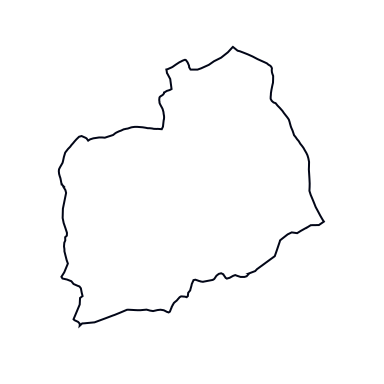 the district of Bengkulu Tengah, Bengkulu, Indonesia, rotated 99°
{"feature_id": "22746128B16836972822517", "entity_name": "Bengkulu Tengah", "entity_type": "district", "adm_level": 2, "iso_a3": "IDN", "parent_name": "Indonesia", "parent_adm1": "Bengkulu", "projection": "mercator", "projection_center": [102.45, -3.678], "detail": "fine", "context": "isolated", "style": "outline", "palette": "ink", "viewbox_px": 384, "rotation_deg": 99, "n_neighbors": 0, "source": "geoboundaries", "source_scale": "gbopen_adm2", "svg_char_len": 5278}
<svg xmlns="http://www.w3.org/2000/svg" viewBox="0 0 384 384"><g transform="rotate(99 192 192)"><path d="M341.7,282.0L339.0,279.9L338.6,278.0L336.6,270.3L336.0,267.9L330.4,257.9L326.4,250.9L325.5,249.2L322.6,244.4L318.5,237.8L318.2,236.2L317.4,228.4L316.9,224.8L315.3,218.5L315.4,217.6L315.5,216.4L315.7,215.0L315.7,211.8L314.0,207.6L313.2,204.7L313.2,201.4L313.8,199.5L314.3,198.1L314.6,196.2L313.6,195.1L313.1,195.0L309.9,194.3L309.8,194.2L309.6,194.2L309.2,194.1L308.9,194.1L308.7,194.0L308.4,194.0L308.3,193.9L308.2,193.9L307.9,193.8L307.7,193.7L307.4,193.6L307.1,193.5L306.9,193.5L306.8,193.4L306.7,193.4L306.4,193.3L306.3,193.2L306.2,193.2L305.9,193.1L305.7,193.0L305.5,192.9L305.4,192.9L305.2,192.8L304.9,192.7L304.5,192.6L304.4,192.5L304.2,192.3L304.0,192.2L303.8,192.0L303.6,191.9L303.1,191.4L302.7,191.1L302.4,190.8L302.2,190.6L301.5,190.0L301.1,189.8L300.7,189.5L300.3,189.3L300.1,189.2L299.9,189.1L299.7,188.9L299.4,188.7L299.2,188.6L298.7,188.3L298.6,188.2L297.9,187.8L297.7,187.6L297.5,187.3L297.2,187.0L296.9,186.6L296.8,186.4L296.7,185.6L296.7,185.4L296.6,184.7L296.6,184.3L296.6,183.9L296.6,183.7L296.5,183.2L296.5,182.9L296.5,182.5L296.5,182.3L296.6,182.0L296.6,181.9L296.6,181.2L296.7,180.8L296.1,180.4L295.6,179.9L295.3,179.8L294.7,179.9L293.4,179.9L292.2,180.0L291.5,179.6L290.6,179.1L289.7,178.5L289.5,178.4L289.4,178.4L288.9,178.4L284.7,177.9L282.8,177.8L282.2,177.6L280.6,177.2L280.3,177.1L280.0,177.0L279.2,176.8L279.0,176.7L278.8,176.7L278.6,176.2L278.3,175.5L278.1,175.0L278.5,172.5L278.6,172.1L278.8,171.0L278.9,169.7L279.0,169.5L279.0,169.2L279.0,168.1L279.0,167.3L279.0,167.1L278.8,166.7L275.6,157.8L275.5,157.7L275.4,157.5L275.2,157.4L275.1,157.2L274.8,156.8L274.5,156.5L274.4,156.4L274.2,156.3L274.0,156.2L273.3,155.9L272.8,155.6L272.2,155.4L271.2,154.9L270.8,154.7L270.4,154.3L269.7,153.7L269.1,153.1L268.6,152.6L268.4,152.1L268.2,151.5L267.9,151.0L267.7,150.4L268.0,149.5L268.4,148.3L268.4,148.2L268.7,148.0L268.9,147.9L269.0,147.7L269.9,146.9L270.3,146.5L270.4,146.4L270.8,146.0L271.6,145.3L271.7,144.9L272.1,144.0L272.0,143.8L271.8,143.5L271.1,141.9L271.0,141.7L270.7,141.2L268.4,138.3L267.3,136.3L267.7,134.4L268.3,130.7L267.7,126.9L266.7,124.9L263.4,122.7L263.4,122.8L260.2,117.2L258.0,115.7L242.4,100.2L236.9,99.2L226.9,97.5L226.1,97.5L224.6,96.2L218.9,90.9L216.3,87.2L216.2,81.7L213.5,78.6L209.4,73.4L209.5,73.3L206.2,69.5L204.8,61.5L200.6,57.1L199.0,58.6L195.3,61.6L191.3,64.6L187.5,67.5L183.6,69.8L179.5,72.3L176.3,74.3L172.5,76.2L168.8,76.6L165.2,77.1L160.4,78.1L155.0,79.3L151.5,80.1L148.2,80.5L143.9,81.1L140.4,82.4L137.7,83.7L135.5,85.2L133.3,87.0L131.0,88.8L129.3,90.5L127.4,92.6L125.1,94.5L123.4,96.5L121.6,98.2L119.9,100.1L117.9,101.1L116.2,102.0L115.6,102.3L114.4,103.1L112.8,104.1L111.5,104.8L109.5,105.7L109.4,105.8L107.9,106.4L106.1,107.3L105.3,107.7L103.5,109.4L99.7,113.5L97.8,115.3L95.3,118.3L93.3,121.0L91.2,123.3L90.8,125.5L89.5,127.5L87.7,128.9L85.6,129.2L83.8,129.3L82.1,129.5L78.5,129.5L74.0,129.3L71.4,129.1L68.1,129.5L64.7,130.0L62.7,131.1L61.2,131.8L59.2,132.3L57.3,132.4L56.1,133.2L55.1,134.3L54.3,136.4L53.2,138.2L52.4,141.0L51.7,143.6L50.5,148.0L48.7,153.3L47.3,158.5L46.3,163.0L45.5,166.8L45.3,169.1L43.6,172.0L42.3,174.3L42.8,174.7L48.4,178.4L54.8,184.3L59.4,190.7L63.8,195.3L68.4,202.3L70.2,205.6L71.1,211.1L71.3,212.6L69.3,214.3L67.7,214.7L64.7,216.6L62.7,218.6L62.5,219.6L63.3,221.1L64.0,222.2L64.7,223.1L65.8,224.7L67.7,226.8L68.8,228.0L71.6,230.9L72.5,232.2L73.2,233.3L74.5,235.3L75.0,236.5L76.3,236.0L78.5,235.3L78.9,234.9L83.8,231.2L93.5,228.3L94.8,230.0L96.1,232.7L97.6,234.4L98.1,235.2L99.0,235.1L100.3,235.8L101.2,236.6L101.9,237.5L102.6,238.2L103.2,238.7L103.9,238.9L104.6,238.9L105.3,238.8L106.1,238.8L107.2,238.5L107.7,238.3L108.4,238.2L109.5,237.8L110.2,237.3L110.8,236.9L111.7,236.2L112.4,235.7L113.1,235.1L113.8,234.6L114.5,234.1L115.3,233.7L117.5,232.7L119.0,232.3L120.8,231.7L121.3,231.5L121.9,231.4L122.9,231.2L124.3,231.1L124.9,231.1L125.2,231.2L128.0,231.1L132.0,230.9L134.7,231.7L134.9,234.5L135.0,235.6L135.3,237.2L135.6,239.8L135.5,241.3L135.6,243.6L135.9,245.7L135.8,248.0L135.8,250.9L136.0,253.3L136.1,254.6L136.2,255.9L136.6,258.6L137.4,261.4L138.0,262.8L138.3,263.3L139.4,265.4L139.9,267.0L140.4,268.2L140.8,269.3L142.4,271.6L143.5,273.6L145.2,276.1L146.2,277.2L147.0,277.9L148.0,278.8L149.0,280.7L150.5,283.7L152.0,286.6L152.2,289.3L152.7,292.4L153.7,295.5L154.4,297.8L155.9,300.8L157.2,302.3L157.5,302.6L155.5,304.6L155.0,306.0L154.0,309.8L155.1,312.2L158.2,314.5L160.7,316.1L162.1,316.9L165.1,318.8L165.9,319.1L166.5,319.5L168.9,321.2L172.9,323.4L175.2,323.7L177.4,324.0L181.1,324.2L183.4,324.4L188.4,326.3L190.4,326.9L192.3,326.8L194.9,326.1L197.1,325.1L199.0,324.1L200.9,323.4L204.8,322.0L204.7,321.7L205.1,321.5L206.5,319.7L206.6,320.1L206.8,320.0L210.0,317.3L212.6,316.2L228.7,316.9L237.9,315.7L242.7,313.9L247.6,311.3L251.9,309.1L254.7,308.8L256.5,310.2L259.7,309.6L262.1,310.2L265.8,309.9L267.7,309.3L268.3,309.1L270.6,308.7L274.6,307.0L279.0,305.1L282.1,303.4L291.3,305.6L296.2,307.7L297.7,306.4L298.0,301.8L299.0,297.2L301.4,294.6L302.5,290.4L302.9,288.4L304.5,286.7L308.9,285.1L311.9,283.8L314.2,286.0L320.7,285.3L331.8,288.0L336.2,289.1L337.0,288.0L337.6,285.9L338.1,284.2L339.5,282.4L341.1,282.0L341.7,282.0Z" fill="none" stroke="#020617" stroke-width="2"/></g></svg>